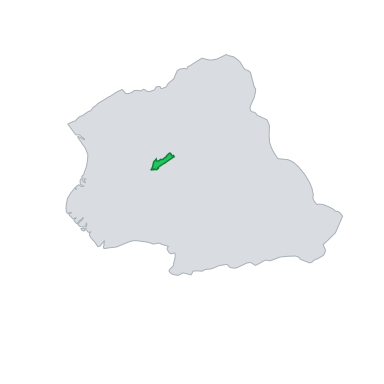 location of Lapai, Niger, Nigeria, rotated 56°
{"feature_id": "59680162B14261849329471", "entity_name": "Lapai", "entity_type": "district", "adm_level": 2, "iso_a3": "NGA", "parent_name": "Nigeria", "parent_adm1": "Niger", "projection": "robinson", "projection_center": [6.661, 8.736], "detail": "fine", "context": "in_parent", "style": "filled", "palette": "green", "viewbox_px": 384, "rotation_deg": 56, "n_neighbors": 0, "source": "geoboundaries", "source_scale": "gbopen_adm2", "svg_char_len": 5494}
<svg xmlns="http://www.w3.org/2000/svg" viewBox="0 0 384 384"><g transform="rotate(56 192 192)"><path d="M296.3,80.7L306.0,95.8L308.1,107.0L308.9,112.5L310.5,113.1L313.5,113.4L315.7,114.5L317.0,116.4L317.9,118.1L318.0,119.1L317.5,125.8L316.7,128.2L317.2,131.5L317.0,132.9L316.7,133.9L315.4,135.0L313.6,136.1L309.2,139.3L308.0,139.8L306.2,139.9L304.6,140.6L302.7,142.4L298.7,148.8L295.2,155.2L292.8,165.7L289.7,168.9L289.2,171.8L288.7,178.3L288.3,180.3L287.8,180.8L284.5,182.1L282.6,183.6L281.5,186.5L280.0,196.5L279.5,198.2L278.5,199.9L276.8,201.8L275.3,202.8L271.5,203.5L268.0,211.1L267.9,212.4L266.4,219.2L263.6,224.4L263.4,227.7L260.0,232.2L258.2,235.3L260.0,238.6L260.2,239.1L254.2,244.5L253.9,245.4L253.6,249.1L253.2,250.2L252.1,251.5L250.5,253.1L248.9,254.3L247.0,255.1L245.2,255.4L244.2,254.9L243.7,253.8L242.7,249.1L242.1,248.1L241.0,247.2L236.4,242.2L233.6,240.4L233.0,240.5L232.6,241.0L231.8,243.5L231.0,244.5L229.5,244.8L227.0,244.8L225.1,244.5L224.7,244.0L223.8,242.0L218.1,246.6L216.1,247.6L213.6,253.1L210.0,255.8L207.5,258.2L200.9,265.7L199.6,267.9L198.3,271.2L195.4,285.2L190.9,294.0L190.3,295.8L190.0,295.8L189.4,296.6L187.6,296.0L186.8,294.4L185.7,294.1L183.8,291.8L183.4,292.2L185.4,298.2L184.7,300.6L179.1,300.6L174.2,301.4L170.9,301.3L169.3,300.5L168.5,298.2L168.2,298.5L168.1,299.7L167.0,300.6L163.3,300.8L161.7,299.3L160.3,297.5L158.9,296.8L159.1,297.5L160.7,299.2L160.5,301.6L157.6,304.4L155.6,304.6L154.5,303.4L153.9,301.4L153.6,298.5L152.8,296.6L152.3,296.6L152.9,299.7L152.9,302.7L154.3,305.0L152.1,305.7L149.5,305.8L149.2,304.9L148.8,303.0L148.4,302.5L147.8,305.8L142.4,306.7L141.7,306.5L141.5,305.9L141.9,305.0L141.8,303.6L140.6,304.7L140.4,306.9L139.7,307.3L137.7,307.0L135.4,305.8L131.8,303.0L127.3,298.4L126.6,296.3L125.3,293.8L123.0,286.8L123.4,286.5L124.5,286.9L125.0,286.2L123.1,285.8L122.7,285.2L122.6,283.7L122.7,281.8L125.5,280.8L126.1,279.7L126.5,278.5L123.1,280.3L119.8,278.3L119.1,277.1L119.5,276.2L123.2,276.1L124.6,275.2L123.7,274.9L122.3,275.0L121.8,274.4L121.8,272.9L121.4,273.2L120.7,274.5L118.5,275.4L117.3,274.5L117.1,272.4L116.9,271.5L115.8,270.8L111.9,265.3L107.1,260.7L102.9,257.5L96.4,256.0L82.8,256.1L82.1,255.6L82.9,254.9L84.1,254.4L88.5,251.9L87.7,251.5L83.2,253.1L81.7,253.3L79.6,256.4L66.3,257.0L66.4,255.6L67.0,251.6L67.8,248.8L66.9,245.4L66.7,242.3L67.2,241.4L67.4,240.2L67.3,232.4L68.0,231.2L68.0,230.4L66.7,227.1L66.7,224.5L66.4,222.0L66.0,220.9L66.5,211.3L66.4,208.9L66.8,207.2L67.0,203.1L67.0,199.0L67.9,192.6L73.6,191.8L75.0,189.3L75.8,186.1L75.6,183.0L77.4,180.2L79.7,177.8L79.6,175.1L80.2,174.3L81.3,173.7L82.8,173.3L84.5,172.0L85.4,169.7L86.4,165.9L84.9,163.3L85.0,162.7L85.5,161.3L86.4,159.9L87.1,159.5L88.8,159.9L89.3,159.3L90.4,155.2L90.3,154.1L88.8,151.3L87.9,143.8L87.5,142.8L86.3,141.5L83.1,136.2L83.2,133.7L84.5,130.6L85.4,129.0L86.6,128.2L86.9,127.4L86.5,126.5L85.9,125.8L85.8,124.4L86.4,122.4L86.2,120.2L86.6,109.0L89.1,106.8L92.9,103.1L94.8,99.2L95.9,96.3L97.2,86.7L99.2,85.6L102.9,82.1L108.1,80.1L111.4,79.4L117.2,79.8L120.2,79.5L122.7,77.6L123.9,77.0L125.5,76.7L140.0,81.7L141.4,81.5L142.5,81.8L144.3,83.2L148.6,87.8L153.1,95.1L154.5,96.6L155.9,97.5L157.3,97.8L158.4,97.7L159.5,97.0L160.9,95.6L163.0,95.0L164.8,95.1L173.8,89.6L174.7,89.5L180.3,90.7L187.9,96.2L194.1,99.9L198.5,101.1L203.6,102.0L212.3,102.2L218.9,94.4L221.3,92.7L224.3,91.2L230.4,89.7L240.6,88.7L250.1,89.2L256.0,90.5L262.3,93.1L265.0,95.5L269.2,95.9L272.3,95.4L273.3,93.0L276.3,89.8L280.8,86.9L284.5,84.8L287.6,83.9L290.3,81.6L292.5,80.8L296.3,80.7ZM163.6,303.9L161.6,304.7L160.2,304.5L162.1,301.3L163.0,302.0L164.2,302.3L163.6,303.9Z" fill="#d9dde1" stroke="#a8b0b8" stroke-width="1"/><path d="M144.7,203.3L144.9,203.9L145.1,204.6L145.2,205.3L145.4,206.0L145.6,206.8L145.7,207.1L146.3,207.6L146.7,207.9L146.9,208.3L147.3,208.8L147.8,209.0L148.0,209.3L148.2,209.6L148.4,209.9L148.5,210.0L148.8,210.0L149.0,210.3L149.1,210.6L149.4,210.9L149.5,211.2L149.7,211.7L150.0,212.2L150.2,212.4L150.3,212.5L150.5,212.7L150.6,212.8L150.7,213.0L150.7,213.4L150.9,213.3L151.2,213.0L151.2,212.3L151.3,212.0L151.4,211.8L151.5,211.8L151.3,211.2L151.5,211.0L151.7,211.3L151.8,211.4L151.8,211.5L152.0,211.5L152.1,211.4L152.2,211.2L152.2,210.8L152.0,210.6L152.3,210.5L152.3,210.4L152.4,210.2L152.4,209.9L152.6,209.9L152.8,209.9L153.1,209.7L153.2,209.4L153.3,209.4L153.5,209.0L153.6,208.9L153.6,208.7L153.8,208.4L153.7,208.2L153.7,207.8L153.7,207.6L153.5,207.4L153.6,206.8L152.7,206.8L152.7,204.1L152.6,203.9L152.6,203.7L152.6,201.3L152.6,200.0L152.8,198.9L152.9,197.6L152.7,197.4L152.7,196.0L152.7,194.0L152.7,190.1L152.8,187.3L152.6,187.4L152.3,187.4L152.3,187.2L152.2,187.0L151.4,186.9L151.4,187.1L151.4,187.3L151.3,187.5L151.2,187.6L151.1,187.8L150.9,188.0L150.6,188.2L150.5,188.5L150.3,188.5L149.9,188.5L149.5,188.5L149.4,188.4L149.3,188.1L149.2,188.1L149.1,188.3L148.9,188.3L148.5,188.2L148.1,188.2L147.8,188.4L147.4,188.5L147.4,188.8L147.3,189.1L147.2,189.5L147.2,189.9L147.3,190.1L147.3,190.5L147.5,190.8L147.7,191.2L147.6,192.2L148.0,192.6L147.9,192.8L147.9,193.0L148.0,193.0L148.3,193.8L148.5,194.0L148.7,194.3L148.5,194.6L148.4,194.9L148.3,195.4L148.4,196.0L148.5,196.7L148.5,196.8L148.8,197.3L148.8,197.6L148.6,197.8L148.4,198.4L148.3,198.9L148.0,199.2L147.6,199.4L147.5,199.6L147.4,199.8L147.4,200.1L147.5,200.7L147.6,200.9L147.7,201.2L147.7,201.3L147.6,201.5L147.6,201.8L147.5,202.4L147.4,202.7L147.1,203.2L146.7,203.7L146.4,203.9L146.0,203.9L145.6,203.7L145.4,203.5L145.1,203.5L144.7,203.3Z" fill="#22c55e" stroke="#15803d" stroke-width="1.5"/></g></svg>